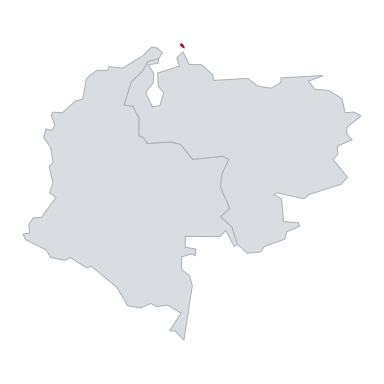 map of Aruba with Colombia and Venezuela greyed out
{"feature_id": "ABW", "entity_name": "Aruba", "entity_type": "country or territory", "adm_level": 0, "iso_a3": "ABW", "parent_name": "North America", "parent_adm1": "", "projection": "orthographic", "projection_center": [-69.968, 12.519], "detail": "fine", "context": "with_neighbors", "style": "filled", "palette": "rose", "viewbox_px": 384, "rotation_deg": 0, "n_neighbors": 2, "source": "natural_earth", "source_scale": "50m", "svg_char_len": 2130}
<svg xmlns="http://www.w3.org/2000/svg" viewBox="0 0 384 384"><path d="M237.4,244.1L234.1,246.3L225.7,230.6L219.8,236.6L185.2,236.4L185.4,247.3L195.8,249.1L195.2,255.7L191.7,253.9L181.7,256.8L181.6,269.4L189.5,275.7L192.3,285.6L183.9,340.0L175.0,331.0L169.7,330.6L181.1,313.2L167.5,305.1L156.9,306.6L150.5,303.5L140.7,308.0L127.5,305.7L117.0,287.5L91.4,266.3L86.7,267.9L70.5,257.6L65.4,260.3L50.5,257.5L46.2,249.9L25.4,239.6L23.0,234.1L29.6,233.0L28.9,224.2L33.0,218.0L41.7,217.1L56.0,197.3L49.6,192.9L53.0,182.8L49.2,166.6L53.0,162.1L50.5,147.1L43.6,137.5L46.0,128.9L51.6,130.4L54.9,125.2L51.1,114.7L53.2,112.1L62.2,112.9L75.5,100.9L82.7,99.2L86.5,78.4L96.6,70.4L107.5,70.2L109.0,66.5L122.5,68.2L143.1,55.5L151.6,47.0L157.7,48.1L162.2,52.8L158.8,58.8L147.7,61.7L143.2,70.5L131.3,82.1L124.1,105.0L133.1,106.3L139.1,118.4L138.9,135.8L143.3,137.3L147.4,143.5L170.1,141.9L180.3,144.2L192.8,159.4L222.6,156.3L228.9,159.3L221.8,174.7L220.5,187.4L229.8,208.1L220.8,216.9L232.0,226.8L237.4,244.1Z" fill="#d9dde1" stroke="#a8b0b8" stroke-width="1"/><path d="M333.1,159.5L347.5,177.3L341.2,184.2L309.1,194.5L304.1,198.8L277.0,192.8L273.7,194.5L281.6,198.9L283.5,221.6L298.4,222.8L299.4,226.4L286.8,231.7L284.8,239.1L264.4,246.5L260.9,251.8L247.2,253.2L237.4,244.1L232.0,226.8L220.8,216.9L229.8,208.1L220.5,187.4L221.8,174.7L228.9,159.3L222.6,156.3L192.8,159.4L180.3,144.2L170.1,141.9L147.4,143.5L143.3,137.3L138.9,135.8L139.1,118.4L133.1,106.3L124.1,105.0L131.3,82.1L143.2,70.5L147.7,61.7L158.8,58.8L158.3,63.0L148.1,65.0L153.7,73.1L153.5,82.4L145.7,92.6L152.2,106.7L159.8,105.6L163.8,92.8L158.4,86.6L157.6,73.1L179.3,66.0L176.9,57.6L183.0,52.0L189.2,64.5L201.4,64.7L212.8,74.6L213.5,80.4L247.8,78.4L257.8,86.2L271.2,88.2L280.9,82.4L281.0,77.9L323.2,75.5L308.6,81.2L314.7,89.4L328.6,90.3L341.9,98.6L345.1,112.7L354.1,112.0L361.0,115.9L347.5,126.8L346.1,133.3L352.2,139.6L337.3,146.3L337.8,154.4L333.1,159.5Z" fill="#d9dde1" stroke="#a8b0b8" stroke-width="1"/><path d="M183.7,46.9L183.8,47.4L183.0,47.1L181.9,46.0L180.8,45.2L181.1,44.3L181.4,44.0L182.4,44.8L183.5,46.3L183.7,46.9Z" fill="#f43f5e" stroke="#9f1239" stroke-width="1.5"/></svg>